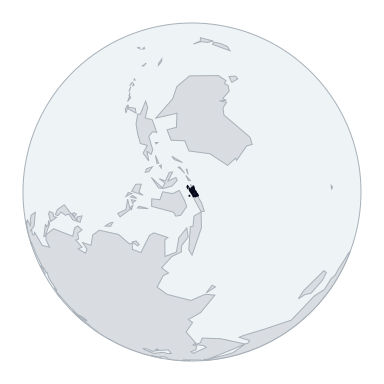 Jawa Timur highlighted on a globe, orthographic projection, rotated 235°
{"feature_id": "IDN-1233", "entity_name": "Jawa Timur", "entity_type": "Province", "adm_level": 1, "iso_a3": "IDN", "parent_name": "Indonesia", "parent_adm1": "", "projection": "orthographic", "projection_center": [113.217, -7.252], "detail": "fine", "context": "on_globe", "style": "filled", "palette": "ink", "viewbox_px": 384, "rotation_deg": 235, "n_neighbors": 0, "source": "natural_earth", "source_scale": "10m", "svg_char_len": 9301}
<svg xmlns="http://www.w3.org/2000/svg" viewBox="0 0 384 384"><g transform="rotate(235 192 192)"><circle cx="192" cy="192" r="169" fill="#eef3f6" stroke="#a8b0b8"/><path d="M341.2,230.3L341.0,231.6L340.8,231.7L341.2,230.3ZM261.0,37.8L262.1,38.3L255.5,35.5L257.7,36.6L247.7,32.5L256.7,35.9L257.0,36.1L261.0,37.8ZM243.2,31.0L243.3,31.0L241.2,30.4L241.7,30.5L243.2,31.0ZM48.0,103.7L47.7,104.2L49.6,102.4L59.9,88.1L57.1,90.2L64.7,80.9L68.5,77.0L71.9,75.8L74.0,73.5L76.3,69.5L81.7,64.9L77.7,67.9L75.9,69.8L73.3,72.0L74.8,70.4L76.6,68.7L76.9,68.4L87.3,59.4L98.4,51.3L110.2,44.2L122.5,38.0L122.3,38.1L128.2,35.6L127.9,35.7L134.1,33.3L134.4,33.2L130.5,34.8L139.5,31.8L141.9,31.6L144.1,30.9L145.7,30.2L147.7,30.8L149.2,30.3L149.1,29.9L152.1,28.7L158.2,27.2L158.5,27.4L156.4,28.0L152.4,30.1L146.6,32.1L147.4,32.2L152.5,30.5L157.4,27.9L160.9,26.9L159.3,27.9L160.1,27.4L162.0,27.1L164.2,27.1L166.3,26.1L186.5,23.8L192.7,24.3L188.9,24.9L203.4,25.4L209.2,27.1L209.2,26.5L216.1,27.0L214.3,26.4L214.8,26.3L231.7,28.8L235.9,30.0L243.1,31.6L243.1,31.4L240.4,30.5L247.7,32.5L257.7,36.6L257.2,36.6L263.7,39.6L261.8,39.5L263.2,41.2L257.3,40.2L258.9,42.1L261.3,43.1L265.3,46.9L265.3,52.0L254.8,43.2L252.7,37.1L252.7,38.9L249.6,37.3L247.6,37.4L247.8,39.1L249.8,40.0L234.1,38.7L228.4,43.7L236.4,44.9L240.8,48.0L241.3,57.5L224.1,68.9L229.9,75.2L229.8,78.9L224.0,80.2L223.9,74.8L218.5,72.1L219.3,69.2L209.9,70.3L210.7,66.2L203.0,69.6L205.3,73.2L213.3,73.4L206.3,78.7L213.7,86.0L213.9,94.1L199.3,107.5L185.3,111.0L184.3,113.8L179.2,110.2L171.7,115.4L180.9,132.4L180.4,137.3L168.6,146.1L168.4,142.3L154.7,132.9L151.7,144.7L162.1,155.0L165.6,167.2L157.4,163.1L153.9,152.5L149.0,148.8L150.7,138.5L147.3,123.6L139.1,126.3L140.0,120.4L134.1,108.9L122.5,112.8L103.8,128.9L100.6,144.3L94.4,151.6L88.3,130.0L89.6,115.9L84.8,117.6L80.7,106.9L66.1,108.4L66.3,105.1L63.0,107.3L60.5,104.7L61.7,99.5L59.1,100.5L56.5,114.5L59.5,113.5L65.3,107.0L63.7,112.4L66.5,116.6L55.2,131.5L37.3,148.1L39.4,136.8L45.8,109.4L47.8,106.0L48.0,105.7L48.3,105.1L44.9,110.7L47.3,105.6L39.8,124.5L36.8,133.5L37.0,148.9L36.1,150.9L37.3,154.0L45.9,147.3L45.1,151.3L38.7,170.8L30.1,199.8L33.5,217.1L36.7,232.5L36.2,244.7L41.3,256.4L41.8,261.6L45.2,268.4L48.4,276.5L52.0,284.8L52.6,287.5L51.9,286.5L45.5,276.3L39.9,265.6L35.0,254.5L31.0,243.2L27.7,231.5L25.3,219.7L23.8,207.7L23.1,195.7L23.2,183.6L24.3,171.5L26.2,159.6L28.9,147.9L32.5,136.3L36.9,125.1L42.0,114.2L48.0,103.7ZM71.6,82.4L76.3,82.0L81.0,74.3L83.2,73.7L84.0,71.6L81.4,73.8L84.3,68.0L88.8,65.5L91.8,62.5L90.3,62.5L81.7,68.2L77.3,76.3L73.3,79.7L71.6,82.4ZM57.4,90.8L54.9,93.9L55.5,92.9L56.2,92.0L57.4,90.8ZM114.0,307.7L117.6,309.8L115.6,310.1L114.0,307.7ZM47.1,226.6L51.9,254.9L48.9,255.9L44.9,248.2L40.8,231.4L43.2,225.7L43.5,217.8L47.1,226.6ZM208.7,198.9L213.9,200.2L213.7,201.0L208.7,198.9ZM203.3,195.6L209.2,196.4L202.3,197.3L203.3,195.6ZM211.5,196.7L217.5,195.8L220.1,194.8L219.7,196.4L211.5,196.7ZM199.3,195.3L177.6,193.6L169.1,191.0L171.0,188.2L184.8,189.7L199.3,195.3ZM170.4,188.0L157.4,179.3L140.2,155.8L146.4,156.2L164.5,170.7L163.3,173.1L171.1,179.8L170.4,188.0ZM201.8,175.1L200.6,182.5L188.6,180.9L183.2,179.3L179.4,169.5L181.5,164.9L186.0,165.3L203.4,150.7L209.5,155.1L204.1,161.3L209.0,168.1L201.8,175.1ZM101.2,145.8L104.1,155.0L100.8,156.8L101.2,145.8ZM210.7,140.5L203.5,146.6L210.2,138.2L210.7,140.5ZM214.8,132.5L215.1,135.9L212.3,132.4L214.8,132.5ZM184.0,118.1L179.3,118.6L179.2,116.4L185.3,114.4L184.0,118.1ZM214.0,101.3L213.6,107.6L212.5,109.7L210.6,105.6L214.0,101.3ZM163.6,25.6L154.7,27.3L148.7,28.8L145.9,29.8L146.0,29.5L155.3,27.1L163.6,25.6ZM183.6,23.8L186.0,23.4L187.5,23.5L187.2,23.6L183.6,23.8ZM183.2,23.6L181.4,23.5L184.4,23.2L185.2,23.4L183.2,23.6ZM301.2,293.5L302.2,295.9L297.4,300.4L291.0,304.4L285.9,304.2L301.2,293.5ZM258.4,294.5L259.0,287.5L265.4,288.5L262.1,294.0L258.4,294.5ZM305.6,290.6L310.0,285.7L312.4,278.0L310.9,285.4L313.5,287.4L303.4,296.0L305.6,290.6ZM236.8,262.3L203.6,270.9L196.4,268.6L198.4,263.3L192.3,246.6L194.7,247.1L193.4,236.4L213.1,228.6L227.4,213.0L238.1,215.5L246.4,204.6L257.3,207.3L253.9,216.3L265.1,224.9L273.3,204.7L279.4,229.6L287.1,240.2L288.5,256.6L272.3,280.3L263.7,283.7L262.3,280.6L258.6,282.7L253.3,280.3L250.9,270.7L247.3,272.8L251.0,266.8L245.6,271.7L243.1,265.6L236.8,262.3ZM315.0,237.0L316.4,238.2L318.4,243.6L316.2,241.8L315.0,237.0ZM337.5,233.3L337.9,235.8L336.5,235.4L337.5,233.3ZM340.8,231.7L339.2,231.5L341.2,230.3L340.8,231.7ZM323.5,225.8L324.1,227.7L323.5,227.9L323.5,225.8ZM322.9,225.1L323.9,223.0L323.7,225.4L322.9,225.1ZM316.3,209.6L317.2,208.7L317.6,209.8L316.3,209.6ZM221.6,201.1L228.8,196.0L232.8,196.0L221.6,201.1ZM315.0,206.6L312.7,205.6L312.9,204.4L315.0,206.6ZM315.2,203.8L315.0,202.0L316.3,206.5L315.2,203.8ZM310.8,198.4L313.6,202.4L310.5,198.7L310.8,198.4ZM309.1,198.3L307.0,196.3L307.2,195.8L309.1,198.3ZM285.2,194.0L293.0,206.1L286.7,204.2L279.6,196.2L273.9,200.8L261.0,197.3L264.0,194.3L262.3,188.5L249.0,184.0L246.3,180.1L251.1,178.5L242.2,174.4L251.9,174.3L255.8,182.1L261.3,177.5L270.7,180.8L279.7,185.1L287.0,192.3L285.2,194.0ZM251.9,190.1L253.6,190.4L252.1,192.4L251.9,190.1ZM303.1,191.1L306.1,195.5L305.7,196.3L304.2,195.3L303.1,191.1ZM288.7,191.4L296.5,187.5L298.3,188.1L293.1,193.5L288.7,191.4ZM294.6,183.1L298.2,184.9L300.1,188.8L299.4,189.6L294.6,183.1ZM232.2,180.5L231.8,182.4L229.3,180.5L232.2,180.5ZM235.4,179.7L243.0,183.0L234.7,181.3L235.4,179.7ZM212.5,170.1L214.7,175.0L221.7,172.8L216.4,176.5L221.1,184.7L219.5,187.5L214.8,178.6L213.1,187.1L210.0,186.6L208.3,179.0L211.4,170.4L214.5,167.0L227.2,167.0L212.5,170.1ZM235.4,174.0L233.4,168.4L234.9,165.0L237.1,168.1L235.4,174.0ZM227.5,155.0L222.2,148.4L217.4,150.1L227.2,143.0L230.6,150.4L227.5,155.0ZM223.1,141.5L218.5,143.0L223.2,138.8L223.1,141.5ZM217.4,140.9L216.9,136.8L220.5,137.8L217.4,140.9ZM225.4,141.9L226.3,135.3L228.1,139.5L225.4,141.9ZM215.5,127.9L223.1,135.2L213.2,131.3L212.9,118.8L217.1,118.9L215.5,127.9ZM240.2,84.6L239.2,81.5L243.1,81.5L242.6,83.6L240.2,84.6ZM254.8,80.0L243.8,80.5L234.8,81.7L237.5,83.4L235.5,88.2L231.4,82.9L237.7,78.4L244.5,78.6L245.6,74.9L250.6,73.3L249.6,68.5L251.8,67.1L254.8,71.6L254.8,80.0ZM248.9,66.5L248.9,59.3L256.2,61.9L257.8,64.0L254.7,66.1L251.1,64.6L248.9,66.5ZM251.0,58.4L247.5,57.0L240.1,46.4L240.4,45.0L249.8,53.6L247.0,52.9L247.5,55.2L251.0,58.4ZM241.8,30.6L241.2,30.4L243.0,30.9L241.8,30.6ZM213.7,25.9L214.7,25.8L216.7,26.2L213.7,25.9ZM218.4,25.8L215.5,25.4L218.5,25.7L218.4,25.8ZM208.9,24.7L214.2,25.2L209.3,24.9L208.9,24.7Z" fill="#d9dde1" stroke="#a8b0b8" stroke-width="1"/><path d="M187.5,190.5L187.9,190.7L188.1,190.7L188.3,190.6L188.5,190.7L188.6,190.9L188.7,191.0L188.8,191.0L189.0,191.0L189.1,190.9L189.3,190.9L189.5,190.9L189.8,190.9L189.9,191.0L190.0,191.0L190.1,190.9L190.2,191.0L190.2,191.4L190.3,191.4L190.2,191.5L190.3,191.6L190.4,191.8L190.2,191.8L190.3,191.9L190.5,192.0L190.6,191.9L190.8,191.9L190.8,192.0L190.8,192.3L190.8,192.5L190.7,192.5L190.7,192.8L190.9,193.0L191.3,193.2L191.5,193.2L191.8,193.4L191.9,193.5L192.1,193.4L192.1,193.5L192.3,193.6L192.6,193.4L192.8,193.3L193.3,193.4L193.5,193.3L193.8,193.3L194.0,193.3L194.3,193.1L194.5,193.1L194.6,193.3L194.8,193.4L195.0,193.3L195.2,193.5L195.4,193.5L195.6,193.6L195.6,193.9L195.6,194.0L195.6,194.3L195.5,194.7L195.3,195.4L195.3,195.5L195.4,195.8L195.5,195.7L195.5,195.9L195.6,196.0L195.8,196.1L196.0,196.2L196.1,196.3L196.0,196.5L195.9,196.5L195.6,196.4L195.4,196.4L195.4,196.2L195.2,196.0L194.9,196.1L194.7,196.0L194.4,196.1L194.2,196.0L194.2,195.9L193.9,195.9L193.7,195.7L193.6,195.8L193.5,195.7L193.4,195.7L193.2,195.6L192.9,195.5L192.8,195.4L192.7,195.3L192.4,195.2L192.2,195.1L191.9,195.0L191.6,195.1L191.4,195.1L191.2,195.3L190.9,195.3L190.7,195.3L190.5,195.5L190.4,195.5L190.2,195.4L189.7,195.4L189.5,195.2L189.4,195.2L189.2,195.2L188.5,195.1L188.4,195.0L188.2,195.1L187.9,195.0L187.7,195.2L187.6,195.3L187.4,195.3L187.4,195.2L187.2,195.1L186.8,195.1L186.7,195.0L186.4,195.0L186.0,195.1L185.9,194.9L185.7,194.9L185.7,195.0L185.4,194.9L185.4,194.7L185.5,194.5L185.8,194.2L186.0,194.2L186.3,194.1L186.4,193.9L186.4,193.7L186.3,193.4L186.1,193.4L186.1,193.2L186.1,192.8L186.1,192.5L186.1,192.2L186.3,192.1L186.5,192.1L186.8,192.2L187.0,191.9L187.3,191.7L187.3,191.4L187.3,191.1L187.4,190.7L187.5,190.5ZM194.4,191.0L194.6,191.1L194.4,191.3L194.2,191.3L193.9,191.5L194.0,191.6L193.9,191.6L193.3,191.6L193.2,191.6L193.0,191.9L192.9,192.0L192.8,191.9L192.7,191.9L192.2,191.9L191.9,191.9L191.8,191.7L191.7,191.7L191.7,191.8L191.8,191.9L191.7,191.9L190.8,191.7L190.6,191.7L190.5,191.4L190.8,191.2L191.0,191.0L191.1,190.9L191.3,190.9L191.6,190.9L191.8,190.9L192.2,190.9L192.7,190.9L192.9,191.0L193.3,190.9L193.7,190.9L194.1,190.9L194.3,190.9L194.4,191.0L194.4,191.0ZM198.9,191.0L198.7,191.1L198.4,191.1L198.2,191.1L198.3,191.1L198.1,191.1L198.1,191.3L198.0,191.2L197.9,191.1L198.0,190.9L197.9,190.8L198.0,190.8L198.3,190.8L198.6,190.8L198.8,190.9L198.9,191.0ZM190.5,187.5L190.6,187.8L190.4,187.9L190.2,187.9L190.1,187.7L190.3,187.5L190.5,187.5ZM195.3,191.5L195.5,191.6L195.4,191.8L195.3,191.7L195.2,191.7L195.2,191.4L195.3,191.4L195.3,191.5ZM199.8,191.6L199.8,191.8L199.7,191.9L199.4,191.8L199.4,191.7L199.5,191.7L199.8,191.7L199.8,191.6ZM192.5,195.5L192.2,195.7L192.4,195.5L192.5,195.5ZM196.0,191.6L196.1,191.8L195.8,191.7L195.7,191.7L195.8,191.7L196.0,191.6Z" fill="#0f172a" stroke="#020617" stroke-width="1.5"/></g></svg>